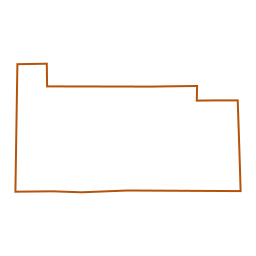 Sandusky, Ohio, United States of America
{"feature_id": "52423323B66860409179158", "entity_name": "Sandusky", "entity_type": "district", "adm_level": 2, "iso_a3": "USA", "parent_name": "United States of America", "parent_adm1": "Ohio", "projection": "mercator", "projection_center": [-83.077, 41.377], "detail": "fine", "context": "isolated", "style": "outline", "palette": "amber", "viewbox_px": 256, "rotation_deg": 0, "n_neighbors": 0, "source": "geoboundaries", "source_scale": "gbopen_adm2", "svg_char_len": 330}
<svg xmlns="http://www.w3.org/2000/svg" viewBox="0 0 256 256"><path d="M240.6,191.1L240.1,173.1L238.9,135.7L237.7,100.4L216.2,100.4L196.8,100.6L197.1,86.0L164.0,86.4L163.5,86.4L152.3,86.6L47.1,86.4L46.8,63.7L17.4,64.2L15.4,191.7L52.9,191.3L81.5,192.3L127.4,190.5L240.6,191.1Z" fill="none" stroke="#b45309" stroke-width="2"/></svg>